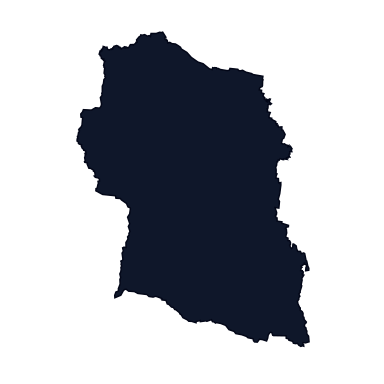 outline of Lao Khwan, Kanchanaburi, Thailand, rotated 356°
{"feature_id": "78962969B77063732556274", "entity_name": "Lao Khwan", "entity_type": "district", "adm_level": 2, "iso_a3": "THA", "parent_name": "Thailand", "parent_adm1": "Kanchanaburi", "projection": "orthographic", "projection_center": [99.659, 14.592], "detail": "fine", "context": "isolated", "style": "filled", "palette": "ink", "viewbox_px": 384, "rotation_deg": 356, "n_neighbors": 0, "source": "geoboundaries", "source_scale": "gbopen_adm2", "svg_char_len": 5982}
<svg xmlns="http://www.w3.org/2000/svg" viewBox="0 0 384 384"><g transform="rotate(356 192 192)"><path d="M107.7,292.1L113.8,290.0L116.7,285.5L118.1,284.5L119.5,284.4L121.9,286.5L127.6,287.3L130.9,289.4L139.9,291.1L141.8,293.2L145.9,294.1L148.2,293.5L149.4,293.8L154.1,295.9L154.0,296.5L154.8,296.7L154.6,297.6L158.5,298.3L159.5,301.9L161.2,302.6L163.5,305.3L165.4,305.9L166.6,308.0L167.7,308.3L171.0,311.4L171.5,312.9L172.7,313.7L174.2,316.7L178.4,319.2L179.8,320.7L182.6,321.0L186.9,322.7L187.1,321.4L191.3,320.8L191.3,321.9L196.9,321.5L197.8,322.0L202.5,320.7L203.4,322.8L204.9,323.1L206.3,324.4L207.3,324.0L211.5,325.1L216.3,327.4L219.3,331.9L224.3,334.0L225.8,336.3L231.6,337.8L236.2,339.8L237.7,341.3L242.7,342.6L243.0,344.7L243.9,345.9L246.7,346.3L249.0,343.6L251.8,344.1L256.0,345.8L257.3,343.1L258.0,340.1L259.5,338.0L260.6,337.4L261.9,337.9L262.5,340.5L263.3,340.9L275.9,342.0L275.8,344.5L278.1,345.3L278.3,346.6L282.0,348.0L282.6,349.9L284.8,350.5L286.6,350.3L287.9,352.3L289.8,353.6L291.4,353.1L292.7,353.6L292.6,352.0L291.7,351.8L292.2,350.0L294.7,350.4L298.3,349.6L298.2,343.9L296.9,342.1L296.6,340.6L296.9,338.8L296.2,337.2L296.2,335.6L294.6,333.8L295.6,331.0L296.5,330.7L297.0,329.7L295.0,327.0L294.9,324.8L294.0,324.1L294.3,320.7L293.6,319.0L291.7,317.4L291.9,315.2L291.4,314.9L289.8,310.7L289.6,308.3L291.1,306.4L291.1,304.9L292.3,303.6L291.5,301.1L293.0,299.5L292.9,298.5L294.6,294.3L294.9,293.1L294.4,292.2L295.7,287.6L295.5,285.8L297.6,282.9L296.9,282.9L297.0,281.9L296.2,281.9L296.2,281.2L297.0,281.2L297.4,279.5L296.4,278.8L296.5,278.2L294.9,277.9L295.8,274.9L296.3,274.8L295.5,273.6L297.2,272.9L297.0,272.6L298.3,271.9L299.5,269.9L299.4,272.0L301.6,273.0L300.4,275.3L299.9,278.5L303.0,278.2L303.2,276.2L302.3,273.8L301.6,268.8L301.0,268.4L300.1,261.3L299.2,260.6L296.8,261.1L296.0,258.8L293.3,258.6L292.4,255.9L292.2,253.1L290.9,251.9L290.3,252.2L289.9,251.0L289.1,251.0L288.5,254.3L287.2,255.5L285.9,253.0L285.7,251.8L286.5,251.6L286.7,249.1L285.9,247.4L284.3,247.1L284.5,244.7L282.8,243.9L282.4,242.8L283.6,239.5L283.5,235.5L282.7,235.0L283.5,233.8L285.7,233.4L285.9,232.0L279.3,229.4L279.6,228.0L274.9,227.0L275.0,223.8L274.2,223.7L273.5,222.1L273.6,221.4L274.1,221.4L274.0,220.3L274.7,220.1L275.0,218.3L273.7,213.3L277.5,214.1L278.6,207.5L277.5,205.3L279.4,199.8L281.1,191.3L281.2,190.1L280.7,190.0L281.2,188.8L279.1,188.9L279.1,184.6L276.8,184.1L277.0,182.0L278.0,179.9L277.1,179.7L277.5,175.8L277.2,173.0L278.2,171.4L278.8,167.8L279.5,167.9L280.3,165.9L281.2,166.3L282.1,164.9L284.8,166.0L285.6,166.1L285.6,165.3L288.9,166.0L288.4,165.4L288.6,164.5L290.1,164.9L290.5,163.7L292.0,164.0L291.2,161.8L291.4,161.1L292.3,161.0L292.3,158.6L294.4,158.7L293.8,156.3L294.8,155.9L293.3,153.1L291.6,153.4L291.8,152.6L291.0,153.1L291.2,152.3L289.3,151.7L287.4,150.3L286.3,150.6L284.6,149.7L285.8,145.5L287.3,144.7L288.9,141.0L286.9,136.6L285.9,136.5L286.2,133.3L282.7,133.3L282.4,131.3L281.1,131.1L281.6,129.8L280.3,129.6L280.5,127.6L276.5,125.1L276.7,124.0L274.2,123.3L274.1,121.4L275.6,118.2L272.7,117.3L273.1,115.4L272.7,114.2L273.6,113.7L274.0,110.1L275.8,109.5L276.1,110.3L277.4,109.5L275.3,107.6L276.6,104.8L275.7,104.6L275.3,105.8L274.7,105.4L273.4,107.4L272.5,106.7L273.6,105.1L272.9,104.6L272.1,105.6L270.6,104.3L271.4,103.5L269.5,101.1L270.6,98.9L268.1,98.0L268.5,95.4L266.2,94.8L266.9,92.6L269.3,91.7L269.7,90.9L270.2,86.0L270.7,85.1L270.1,84.7L270.8,81.5L261.1,79.1L259.7,78.0L254.1,76.2L250.9,74.1L248.6,74.5L246.9,74.0L246.3,72.8L238.5,71.4L237.7,73.2L235.6,73.4L228.9,71.8L226.4,70.4L225.3,70.8L225.0,69.8L223.0,69.5L222.5,69.8L221.3,69.4L220.7,71.3L218.0,70.4L212.0,64.8L207.0,62.8L200.7,57.7L196.6,52.4L191.3,48.6L190.6,46.8L188.1,44.8L185.8,43.2L182.3,42.6L180.3,41.2L178.2,41.6L177.8,38.9L176.9,38.8L176.9,37.8L175.6,37.5L175.7,36.0L176.7,35.7L173.9,30.5L172.7,30.8L170.9,30.4L167.3,31.4L162.2,31.0L161.4,34.0L160.3,33.0L158.3,33.4L155.8,31.7L153.3,32.1L151.9,31.7L151.6,32.8L150.2,33.4L147.3,36.4L147.7,38.6L146.5,38.8L146.4,39.6L143.8,41.2L143.6,40.8L140.8,40.7L139.0,43.4L138.0,43.8L137.5,43.3L136.2,43.6L136.4,42.8L134.8,42.4L134.4,43.5L133.7,43.0L132.5,43.8L131.3,43.6L131.3,44.2L130.5,43.8L130.4,42.7L128.9,42.6L129.1,41.7L127.1,40.6L124.2,41.3L124.0,42.1L123.1,42.5L122.9,44.0L122.3,44.1L122.2,43.7L121.8,44.1L121.3,43.6L119.6,44.5L117.6,43.7L117.3,41.6L115.8,41.7L114.8,41.0L114.3,41.4L113.6,40.7L112.8,43.1L111.6,43.4L111.9,44.8L110.4,44.8L110.5,45.5L110.0,45.4L109.0,48.0L109.7,48.4L109.9,49.2L110.4,48.8L109.9,49.6L110.8,50.2L110.9,52.3L112.9,53.1L112.5,53.4L113.2,53.6L112.9,54.6L114.4,55.5L113.7,56.1L112.6,59.7L113.1,60.2L112.8,61.2L113.6,61.9L112.6,67.3L113.0,68.3L113.7,68.8L113.1,70.6L113.7,72.1L112.0,73.6L111.2,77.8L109.9,80.1L109.5,86.1L108.9,87.2L109.1,89.2L107.2,91.4L107.9,98.0L107.2,100.2L105.7,101.9L101.6,101.2L97.4,103.3L89.4,102.3L88.4,104.5L86.5,106.4L86.5,109.6L88.1,110.0L86.9,117.8L85.1,120.5L84.3,120.6L83.3,122.1L84.0,123.0L83.7,124.2L83.0,124.5L82.1,128.3L81.6,128.5L81.8,130.6L81.0,131.2L81.3,132.2L80.8,133.0L82.2,134.2L82.1,135.5L82.8,136.3L85.2,137.2L84.8,138.4L85.6,140.7L86.9,142.0L86.9,142.8L88.7,143.6L89.0,145.4L88.0,145.9L88.9,146.8L87.9,147.6L88.2,148.2L87.3,150.2L87.7,153.4L86.9,154.1L87.1,154.9L89.7,155.7L89.4,156.9L90.8,161.1L92.7,161.4L95.5,163.6L95.2,164.3L96.3,165.1L96.6,167.5L96.3,169.4L95.7,169.4L96.6,170.6L99.6,171.5L100.5,172.6L100.5,174.6L99.0,174.8L99.3,177.3L98.8,177.6L97.6,181.6L96.5,181.9L96.2,184.1L102.7,188.2L115.4,190.4L115.7,192.9L120.1,193.5L121.0,194.9L125.9,198.9L127.1,202.4L129.1,203.4L129.4,204.3L128.3,209.5L126.0,212.6L127.7,219.3L126.1,221.9L127.4,227.0L126.2,228.9L126.2,230.5L124.6,232.3L124.9,234.0L124.4,235.2L122.6,237.7L122.3,242.8L120.3,242.3L118.9,242.9L119.4,246.2L118.0,248.1L118.4,254.3L117.9,255.3L116.2,256.0L116.7,257.8L116.2,259.2L116.7,260.8L115.8,262.6L116.0,264.0L115.4,266.6L114.3,268.7L114.9,272.4L114.0,274.1L113.9,278.8L111.8,283.3L111.8,285.6L109.1,286.5L107.7,289.7L107.7,292.1Z" fill="#0f172a" stroke="#020617" stroke-width="1.5"/></g></svg>